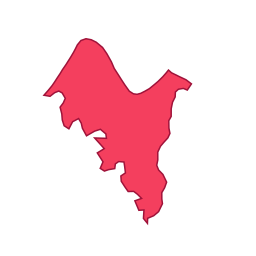 Barra do Guarita, Rio Grande do Sul, Brazil, rotated 345°
{"feature_id": "56859067B90277540164960", "entity_name": "Barra do Guarita", "entity_type": "district", "adm_level": 2, "iso_a3": "BRA", "parent_name": "Brazil", "parent_adm1": "Rio Grande do Sul", "projection": "robinson", "projection_center": [-53.764, -27.213], "detail": "fine", "context": "isolated", "style": "filled", "palette": "rose", "viewbox_px": 256, "rotation_deg": 345, "n_neighbors": 0, "source": "geoboundaries", "source_scale": "gbopen_adm2", "svg_char_len": 1421}
<svg xmlns="http://www.w3.org/2000/svg" viewBox="0 0 256 256"><g transform="rotate(345 128 128)"><path d="M55.3,74.6L60.9,77.2L66.3,74.9L70.7,74.4L73.5,77.1L75.1,83.1L72.0,87.0L67.8,90.3L67.7,97.3L66.6,103.2L66.9,109.3L70.7,113.5L76.1,107.6L82.7,106.1L84.1,111.2L83.9,116.5L85.9,124.8L94.9,122.4L101.0,122.1L105.1,128.0L104.5,132.4L93.2,129.0L99.7,141.8L91.9,144.1L95.1,154.2L90.7,159.8L94.1,163.5L98.5,163.2L104.7,163.8L106.5,159.4L110.3,158.0L115.3,159.8L114.8,164.4L113.9,170.7L108.7,172.5L107.7,177.7L109.8,184.2L111.7,189.4L117.1,190.7L120.0,194.5L122.9,199.5L115.8,200.1L117.2,210.3L122.2,211.3L119.5,219.4L122.1,225.1L123.6,220.3L130.1,219.4L135.9,216.7L141.7,210.0L142.3,205.3L143.9,199.2L147.9,195.2L151.3,190.3L149.7,181.9L146.7,176.5L146.1,171.4L148.5,166.6L150.5,159.0L154.7,154.0L158.9,151.1L163.9,147.9L167.1,144.1L167.5,138.7L169.3,131.5L172.7,128.0L174.7,120.6L177.7,114.6L181.6,110.2L183.1,105.5L186.7,103.6L191.7,104.1L195.1,106.7L200.7,101.8L196.5,96.4L190.7,91.5L184.3,85.9L182.1,82.5L179.1,84.7L174.9,87.5L169.1,90.8L165.3,92.6L158.9,95.5L154.0,96.8L149.3,97.8L145.5,97.8L142.1,96.4L138.8,92.8L136.1,85.6L134.2,79.8L132.7,75.0L130.1,66.9L129.1,59.9L126.8,50.8L124.3,43.7L119.5,36.9L115.3,33.2L110.5,30.9L105.2,31.3L100.6,34.6L97.7,37.9L94.9,40.9L90.9,44.8L84.4,50.8L79.8,54.7L76.6,57.8L72.5,61.4L69.2,64.4L65.7,67.4L61.0,70.8L55.3,74.6Z" fill="#f43f5e" stroke="#9f1239" stroke-width="1.5"/></g></svg>